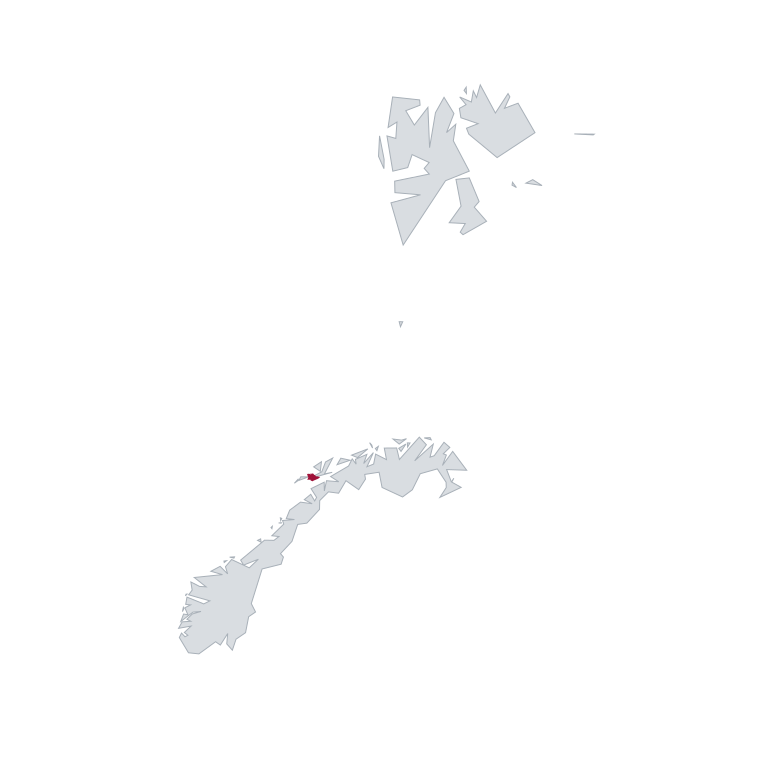 location of Vågan nor, Nordland, Norway, rotated 17°
{"feature_id": "86288312B28402978584720", "entity_name": "Vågan nor", "entity_type": "district", "adm_level": 2, "iso_a3": "NOR", "parent_name": "Norway", "parent_adm1": "Nordland", "projection": "mercator", "projection_center": [14.578, 68.279], "detail": "fine", "context": "in_parent", "style": "filled", "palette": "rose", "viewbox_px": 768, "rotation_deg": 17, "n_neighbors": 0, "source": "geoboundaries", "source_scale": "gbopen_adm2", "svg_char_len": 7636}
<svg xmlns="http://www.w3.org/2000/svg" viewBox="0 0 768 768"><g transform="rotate(17 384 384)"><path d="M405.1,469.8L392.0,476.1L394.1,480.4L390.7,492.4L375.9,487.6L372.5,501.7L362.4,503.4L356.6,514.3L359.0,522.8L350.9,539.6L342.5,543.5L342.0,561.4L334.6,576.5L338.4,578.9L338.3,586.4L321.5,596.5L321.3,632.8L327.8,639.6L322.6,646.1L324.3,662.3L317.1,671.3L316.8,682.9L309.6,678.5L307.5,668.3L303.8,681.5L298.3,679.7L285.9,696.2L275.6,698.2L262.4,686.3L263.2,681.4L267.6,683.9L269.9,681.6L265.7,680.0L270.3,671.9L259.0,677.7L260.5,670.5L268.6,667.4L264.3,666.6L267.9,660.0L275.5,655.0L268.0,658.0L259.1,670.5L259.6,662.6L263.9,662.0L259.0,656.2L263.6,651.8L258.8,652.7L257.9,645.4L275.9,647.0L280.9,642.3L258.8,642.7L260.8,637.2L257.2,629.8L266.8,631.5L273.2,630.0L259.1,624.5L285.3,613.5L273.2,613.7L280.6,606.3L290.0,611.3L285.8,605.1L289.6,596.4L308.9,599.2L315.1,588.3L302.7,598.2L298.4,594.3L315.4,568.3L324.5,565.7L328.1,560.6L321.1,561.9L329.1,547.3L326.9,544.2L338.0,539.8L329.9,541.3L330.7,532.2L338.7,521.4L350.3,519.5L341.6,517.9L346.2,510.9L351.9,516.1L352.7,512.1L344.8,505.4L355.5,495.4L358.2,503.7L357.3,493.3L369.3,490.7L360.0,488.1L374.1,472.8L375.5,464.9L380.8,468.8L378.7,464.4L388.2,456.3L387.8,466.0L393.9,452.7L391.9,468.1L397.5,463.6L396.5,453.5L408.5,455.6L403.0,445.2L414.8,441.5L420.8,451.7L433.3,424.5L442.3,429.7L435.8,448.5L448.7,427.1L449.4,440.5L453.0,437.9L458.4,422.2L465.5,425.4L461.1,433.4L464.4,433.7L463.7,444.8L469.4,428.4L488.3,442.3L468.9,447.5L477.0,457.9L488.0,460.3L470.6,476.1L473.8,464.8L472.1,459.8L459.8,449.6L444.9,459.2L442.0,476.9L434.8,486.6L412.4,483.5L405.1,469.8ZM357.6,92.3L371.8,104.9L370.3,125.3L376.7,114.6L379.2,131.2L403.3,155.5L383.4,171.6L361.7,245.5L337.7,208.7L363.6,192.4L338.5,197.8L334.9,186.9L365.9,170.0L359.4,166.1L362.4,159.0L343.8,156.4L343.4,170.1L330.2,177.9L314.3,145.9L323.5,145.7L319.8,129.7L312.9,137.5L308.3,107.0L335.0,101.9L337.0,106.8L324.9,116.3L337.3,127.5L345.1,106.6L358.5,144.7L353.9,109.5L357.6,92.3ZM388.6,69.8L411.3,92.3L417.7,70.0L420.4,72.6L418.6,85.1L430.1,76.3L454.9,99.5L426.0,134.4L392.1,120.3L388.1,115.3L397.9,107.5L379.7,106.9L375.5,98.4L380.8,92.9L372.5,87.4L385.1,88.8L383.7,77.6L388.8,83.0L388.6,69.8ZM405.3,162.0L421.6,181.7L418.6,188.5L434.5,198.4L415.9,218.1L412.5,216.5L414.8,206.8L399.2,210.7L405.7,191.4L393.0,167.3L405.3,162.0ZM353.3,487.4L360.3,483.6L340.0,496.3L350.2,486.1L350.9,475.6L356.6,469.8L353.3,487.4ZM364.4,467.6L373.9,466.8L362.7,474.9L364.4,467.6ZM373.8,461.5L387.5,450.8L380.2,462.1L373.8,461.5ZM307.2,148.0L318.4,169.1L321.0,178.1L312.2,167.9L307.2,148.0ZM346.9,476.6L348.6,486.1L341.0,483.8L346.9,476.6ZM421.5,429.7L416.1,437.0L408.7,434.0L417.3,432.5L421.5,429.7ZM422.5,435.0L420.0,443.5L416.9,441.2L422.5,435.0ZM331.5,497.1L338.8,495.0L330.9,501.0L331.5,497.1ZM511.3,84.6L492.9,89.2L512.0,83.6L511.3,84.6ZM466.5,145.1L477.1,148.0L461.0,150.4L466.5,145.1ZM438.2,423.8L443.8,421.8L445.5,423.6L438.2,423.8ZM426.1,432.8L425.0,437.4L423.5,433.5L426.1,432.8ZM396.8,445.3L396.7,449.8L394.6,448.2L396.8,445.3ZM383.7,319.0L383.0,324.4L380.3,320.0L383.7,319.0ZM453.2,157.4L448.3,156.4L447.9,153.5L453.2,157.4ZM311.3,568.2L312.7,571.2L308.8,570.5L311.3,568.2ZM387.4,444.3L390.2,446.0L391.8,448.6L387.4,444.3ZM375.8,76.1L377.9,82.1L374.7,79.8L375.8,76.1ZM291.4,594.4L287.0,594.7L291.6,593.0L291.4,594.4ZM285.1,599.0L283.4,601.4L282.7,600.1L285.1,599.0ZM329.7,501.9L327.3,505.1L329.9,499.7L329.7,501.9ZM258.3,657.2L257.8,660.6L257.4,656.2L258.3,657.2ZM325.1,544.8L324.0,542.3L325.5,542.4L325.1,544.8ZM478.3,453.7L477.7,457.3L477.5,456.7L478.3,453.7ZM326.3,547.1L323.8,547.7L326.9,546.5L326.3,547.1ZM318.8,552.7L319.1,555.1L317.9,554.3L318.8,552.7ZM257.1,642.5L256.0,644.6L256.2,642.8L257.1,642.5Z" fill="#d9dde1" stroke="#a8b0b8" stroke-width="1"/><path d="M342.6,491.4L342.3,491.2L342.0,491.5L341.6,491.4L341.4,491.5L341.3,491.8L341.3,491.7L341.3,491.8L341.6,491.9L341.6,492.0L341.6,492.3L341.5,492.5L341.6,492.4L341.6,492.5L341.8,492.5L342.0,492.5L341.8,492.2L342.1,492.5L342.1,492.9L342.1,493.0L342.1,493.3L342.0,493.1L342.0,493.3L341.9,493.3L341.9,493.1L341.9,492.9L341.8,492.5L341.7,492.6L341.7,492.8L341.6,493.0L341.3,493.2L341.6,493.6L341.3,493.3L341.3,493.1L341.2,492.9L341.0,492.7L340.7,492.7L340.6,493.0L340.4,493.2L340.5,493.4L340.4,493.6L340.5,493.7L340.4,493.9L340.9,494.3L340.7,494.3L340.4,494.2L340.2,494.3L340.3,494.5L340.0,494.7L340.1,494.8L340.1,495.0L341.1,494.6L340.6,494.9L340.6,495.1L340.2,495.0L339.6,495.3L339.6,495.5L339.6,495.8L339.7,496.0L339.8,496.0L339.6,496.2L339.6,496.4L339.7,496.5L339.6,496.8L340.2,496.6L340.7,496.6L340.8,496.5L340.7,496.4L340.9,496.4L340.7,496.2L340.8,496.0L340.8,496.3L341.0,496.2L341.0,496.4L341.1,496.2L341.3,496.2L341.2,496.1L341.2,495.9L341.3,495.9L341.5,495.9L341.4,496.1L341.6,496.0L341.6,495.7L341.6,495.9L341.8,495.8L341.6,496.1L341.8,495.9L341.8,496.0L341.7,496.1L342.0,496.0L342.1,495.9L342.0,495.7L342.3,495.7L342.5,495.7L342.5,495.4L342.6,495.2L342.4,495.2L342.7,495.1L342.7,494.9L342.8,495.1L342.6,495.2L342.6,495.3L342.6,495.5L342.9,495.2L342.7,495.2L342.8,495.1L343.0,495.1L342.9,495.2L343.3,495.0L343.3,495.3L343.5,495.2L343.4,495.1L343.5,495.1L343.5,495.3L343.6,495.2L343.6,494.9L343.5,495.0L343.5,494.9L343.3,494.8L343.4,494.6L343.5,494.6L343.5,494.8L343.8,494.8L343.7,494.7L343.8,494.5L343.7,494.5L343.8,494.4L343.7,494.3L343.6,494.1L343.6,494.3L343.2,494.2L343.3,494.0L343.5,494.1L343.4,494.2L343.5,494.2L343.8,494.1L343.7,494.2L343.8,494.2L343.9,493.8L344.0,493.7L344.0,493.4L343.9,493.3L343.9,493.2L344.0,493.2L343.6,493.2L344.0,493.0L344.1,492.6L344.0,492.4L344.3,492.5L344.3,492.8L344.4,493.0L344.8,493.0L344.5,493.2L344.3,493.4L344.2,493.8L344.2,494.0L344.1,494.3L344.1,494.5L344.3,494.6L344.4,494.4L344.7,494.3L345.0,494.0L345.0,493.8L345.3,493.7L345.2,493.9L345.3,493.7L345.5,493.5L345.5,493.4L345.9,493.1L345.0,493.0L345.2,492.7L344.9,492.6L344.9,492.4L344.7,492.4L344.4,492.3L344.2,492.0L343.6,492.1L343.5,492.3L343.3,492.3L343.0,492.2L342.8,491.8L342.7,491.9L342.4,491.4L342.5,491.4L342.6,491.4ZM338.5,492.7L338.4,492.7L338.4,492.9L338.7,493.2L338.4,493.3L338.3,493.2L338.5,493.2L338.2,493.1L338.2,493.4L338.4,493.6L338.5,493.7L338.8,493.7L339.1,493.5L339.0,493.8L338.9,493.9L339.1,494.1L338.9,494.1L339.2,494.4L339.1,494.5L339.5,494.7L339.8,494.7L340.1,494.1L340.1,493.7L339.9,493.5L339.9,493.2L339.4,493.1L339.2,492.9L339.2,492.7L339.1,492.8L339.1,492.6L338.6,492.8L338.4,492.7L338.5,492.7ZM345.9,493.5L345.5,493.7L345.4,493.8L345.2,494.0L345.0,494.3L344.9,494.6L344.8,494.8L344.8,495.1L345.0,495.4L345.0,495.5L345.1,495.4L345.1,495.5L345.2,495.4L345.3,495.3L345.3,495.5L345.5,495.4L345.4,495.3L345.6,495.0L345.6,494.9L345.6,495.0L345.7,494.9L345.7,495.1L345.9,494.9L345.9,494.7L346.0,494.6L346.0,494.4L345.5,494.2L345.9,494.3L346.0,494.2L346.0,494.3L346.0,494.2L346.3,494.0L346.2,493.8L346.1,493.6L345.9,493.5ZM346.9,492.8L346.6,493.2L346.6,493.3L346.4,493.3L346.4,493.5L346.5,493.5L346.8,493.7L346.9,493.8L347.1,493.6L347.3,493.6L347.5,493.7L347.7,493.3L347.8,493.5L347.8,493.3L347.8,493.1L348.2,493.1L348.1,493.4L348.4,493.0L348.5,492.9L348.8,492.4L347.6,492.5L347.4,492.8L347.2,492.8L347.1,493.0L346.9,492.8ZM347.1,493.7L346.9,493.8L346.8,493.7L346.6,493.9L346.4,494.3L346.6,494.4L346.6,494.5L346.7,494.4L346.6,494.5L347.0,494.3L347.2,494.1L347.3,494.1L347.5,493.9L347.4,493.8L347.1,493.7ZM344.4,495.6L344.2,495.7L344.2,496.0L344.3,496.3L344.6,496.3L344.7,496.2L344.9,495.7L345.0,495.9L344.9,496.0L345.0,496.0L344.9,496.0L345.1,495.8L345.0,495.7L344.4,495.6ZM343.9,496.8L343.7,496.8L343.6,497.0L343.7,496.9L343.5,497.1L343.9,497.1L344.0,496.9L343.9,496.8L343.9,496.8Z" fill="#f43f5e" stroke="#9f1239" stroke-width="1.5"/></g></svg>